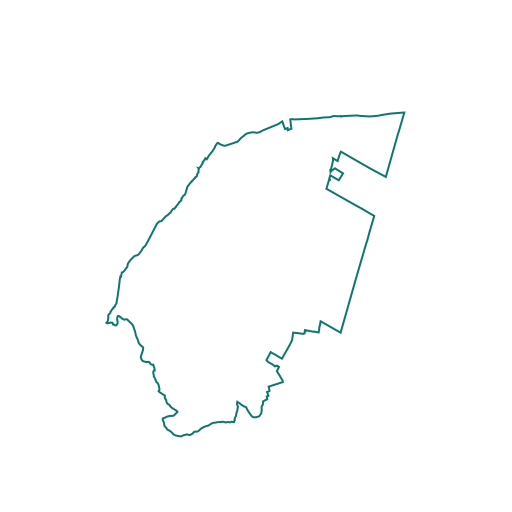 the district of Mihai Viteazu, Cluj, Romania, rotated 298°
{"feature_id": "2599482B370661987664", "entity_name": "Mihai Viteazu", "entity_type": "district", "adm_level": 2, "iso_a3": "ROU", "parent_name": "Romania", "parent_adm1": "Cluj", "projection": "albers", "projection_center": [23.722, 46.539], "detail": "fine", "context": "isolated", "style": "outline", "palette": "teal", "viewbox_px": 512, "rotation_deg": 298, "n_neighbors": 0, "source": "geoboundaries", "source_scale": "gbopen_adm2", "svg_char_len": 6064}
<svg xmlns="http://www.w3.org/2000/svg" viewBox="0 0 512 512"><g transform="rotate(298 256 256)"><path d="M452.3,319.6L451.4,318.1L444.8,307.8L440.7,302.3L436.9,297.6L434.3,293.6L433.1,291.7L431.7,289.0L428.7,282.4L427.5,279.2L420.5,267.3L420.2,267.2L419.1,265.5L419.4,265.3L417.9,262.9L416.1,258.9L413.2,256.0L410.0,250.6L406.5,245.7L401.7,237.9L394.5,225.6L394.0,224.1L392.7,222.1L385.0,227.5L382.1,225.0L383.8,223.8L381.7,222.1L383.8,219.6L385.3,218.1L387.2,216.0L383.5,214.0L383.3,214.0L370.0,203.0L367.7,201.5L365.6,199.6L365.1,198.8L364.1,195.8L363.7,195.0L362.7,193.6L360.3,190.9L359.3,190.0L353.0,187.3L348.4,186.2L338.8,177.0L338.1,174.9L338.0,173.7L337.8,171.6L338.0,170.5L338.0,170.1L338.0,169.1L337.8,168.9L334.4,168.4L333.9,168.4L332.8,168.7L330.6,168.6L327.9,168.3L322.8,167.3L318.3,167.1L318.5,165.4L316.8,165.5L315.8,165.2L314.9,165.2L314.0,164.8L313.7,164.9L313.0,165.4L312.7,165.4L311.7,165.2L309.9,165.2L309.3,165.1L308.4,165.1L307.4,164.5L306.2,164.7L306.2,164.3L306.0,164.6L303.9,165.3L303.2,165.9L301.4,165.7L300.4,165.7L300.0,165.8L299.3,166.3L298.9,166.3L297.9,166.0L297.2,165.5L296.5,165.7L294.9,165.0L293.0,164.7L292.0,164.2L291.4,164.3L290.6,163.9L289.6,163.8L288.8,163.4L287.5,163.4L285.8,163.0L284.0,163.0L283.3,163.2L282.8,163.5L282.0,163.4L281.4,163.7L277.8,164.4L276.5,164.3L274.6,163.4L272.8,163.5L272.2,163.1L271.4,163.3L270.5,163.9L270.0,163.7L269.2,163.7L268.8,163.5L268.5,163.5L267.9,163.0L267.6,162.9L265.8,162.9L263.0,162.3L262.5,162.3L261.9,162.1L261.4,162.2L261.1,162.0L260.4,162.0L260.1,161.8L259.4,161.7L258.8,160.8L258.3,160.5L254.8,160.1L254.3,160.2L253.0,159.5L252.3,159.4L251.5,159.0L251.1,159.0L250.4,158.7L248.7,157.7L242.4,156.1L241.1,154.4L237.9,153.4L220.0,153.6L213.7,153.5L212.3,153.3L210.7,152.5L208.3,152.3L207.0,152.4L203.9,151.9L202.4,151.6L201.6,151.3L201.0,150.9L199.4,149.1L198.6,148.6L194.1,147.2L191.5,146.7L189.3,146.5L188.1,146.7L186.2,147.4L185.7,147.5L185.0,147.2L181.7,146.8L179.7,146.3L178.9,145.8L178.4,145.3L174.3,146.5L174.1,145.9L171.5,146.7L163.3,149.9L153.5,153.4L150.4,154.3L149.6,154.8L148.3,155.0L146.4,154.8L145.3,155.1L145.0,155.1L144.4,154.6L143.8,154.3L143.4,154.3L143.0,154.6L141.3,154.0L140.8,153.9L139.9,154.0L138.7,153.7L138.2,153.8L137.5,154.1L137.1,154.0L136.5,153.9L135.5,153.4L134.3,153.4L133.7,153.6L132.5,154.5L131.9,154.7L129.0,155.6L128.0,155.7L126.8,155.3L126.7,156.4L127.4,157.0L128.2,158.2L129.0,159.0L129.6,160.4L129.6,160.7L129.4,161.0L128.4,161.8L128.4,162.0L128.8,163.0L128.6,163.8L128.6,164.3L129.0,165.0L129.7,165.3L131.6,165.4L132.5,165.0L134.4,163.5L135.5,162.8L137.4,162.2L138.1,162.2L138.6,163.2L138.6,163.9L138.4,164.2L138.4,165.6L138.0,166.6L137.8,168.3L138.0,169.7L138.7,170.5L139.3,171.2L139.5,171.8L139.5,172.3L139.0,173.4L138.0,177.3L137.6,178.6L136.9,179.9L136.2,180.8L133.0,184.2L131.5,185.6L129.8,186.9L128.7,188.1L128.2,188.9L127.1,190.2L126.6,190.9L124.6,192.8L123.8,193.9L123.4,194.9L122.7,197.2L122.6,198.1L122.5,198.9L122.0,199.5L119.7,200.4L116.4,201.0L115.0,201.1L112.5,201.8L112.0,202.2L111.1,203.4L110.4,204.4L110.2,205.5L110.2,206.1L110.3,206.8L111.0,209.1L111.3,209.7L112.2,211.0L112.3,211.4L112.2,211.7L111.3,213.0L111.3,213.5L111.1,214.4L111.2,215.2L111.8,216.1L111.7,216.5L110.7,217.3L109.4,218.9L107.8,220.1L107.2,220.3L106.8,219.6L105.1,219.8L104.6,220.2L104.2,220.5L102.7,221.7L101.8,222.2L101.4,222.9L99.5,225.5L97.9,227.4L97.8,228.5L97.5,229.2L96.4,230.5L94.8,231.9L92.8,233.5L91.6,233.6L91.0,233.4L90.6,234.4L90.4,235.8L90.3,237.3L90.1,238.9L90.0,241.0L87.6,242.3L87.3,242.9L87.2,243.5L87.0,243.8L86.3,244.6L85.2,245.4L84.1,246.8L83.8,249.6L83.0,251.0L82.6,252.1L82.4,253.6L82.3,254.6L82.1,257.9L82.0,258.8L81.7,260.1L81.8,260.4L81.2,259.8L80.7,259.5L79.4,259.3L78.4,258.8L77.7,258.8L76.5,258.3L76.0,257.8L75.3,256.7L74.3,255.0L72.6,253.1L71.6,252.2L70.9,251.9L69.8,250.8L68.8,250.0L68.6,250.0L68.1,250.2L66.8,251.5L65.9,252.7L64.0,254.2L63.1,254.7L63.0,254.9L62.0,257.8L61.3,258.6L61.1,260.4L61.2,261.1L60.9,263.5L60.6,264.7L60.2,265.9L59.8,266.6L59.7,267.3L59.8,268.9L60.0,269.9L61.2,273.8L61.6,274.5L61.9,274.8L63.6,276.1L65.1,277.8L65.7,278.2L66.0,278.7L66.6,281.0L67.0,281.8L67.4,282.1L68.3,282.6L69.5,283.5L70.5,283.5L71.7,284.0L72.3,284.6L73.3,286.4L73.8,287.0L74.9,287.5L77.8,288.5L81.0,290.6L83.0,292.5L83.8,293.5L86.9,295.2L88.3,296.2L89.8,298.3L91.3,300.2L92.0,301.4L92.6,302.1L92.7,302.8L93.6,303.8L94.2,304.8L94.4,306.0L95.1,307.9L96.1,308.9L96.3,309.3L96.8,311.0L97.6,311.6L98.2,312.2L99.0,314.5L99.6,314.2L100.9,314.5L101.5,313.9L102.0,313.6L102.9,313.5L105.7,313.3L108.2,312.4L109.8,312.3L114.5,310.8L116.1,308.9L116.9,308.5L118.5,308.0L118.4,308.8L118.2,309.4L118.3,310.6L117.8,312.6L117.7,314.0L117.7,315.4L117.6,316.8L117.9,318.3L116.5,320.0L115.0,322.5L114.0,324.6L112.8,326.8L112.3,329.1L113.4,331.5L116.0,334.1L119.7,334.5L122.6,333.4L125.5,331.7L126.2,331.6L127.0,331.8L128.3,331.7L129.5,331.3L130.9,330.5L134.1,332.6L134.7,333.2L137.0,331.4L138.0,332.5L138.4,332.6L141.1,329.6L142.9,331.2L143.2,331.3L144.4,330.4L146.6,328.5L157.3,338.9L158.3,338.2L159.0,337.2L159.7,335.9L161.9,332.4L164.1,328.5L168.9,328.4L168.9,326.9L168.7,326.3L169.0,326.2L168.6,325.4L168.3,325.0L167.4,324.5L168.0,322.0L168.1,316.8L168.3,315.8L168.9,314.1L178.0,314.1L177.9,315.6L177.9,319.7L177.7,321.8L177.5,327.1L191.7,327.5L196.8,327.5L199.1,327.2L205.8,324.8L208.3,331.1L209.3,334.1L210.2,334.8L210.4,335.2L211.5,334.8L211.9,334.7L212.8,335.1L212.9,334.9L212.9,334.2L213.6,334.0L213.9,334.8L214.3,336.4L215.6,340.6L215.8,341.7L216.3,342.2L216.5,342.7L216.5,343.2L216.9,343.8L217.9,347.2L220.7,346.3L223.3,345.2L224.3,345.1L228.7,343.7L228.0,366.7L281.9,355.1L317.5,347.7L322.6,346.8L330.2,345.0L346.9,341.6L347.0,337.8L347.5,326.0L347.5,321.8L348.4,286.6L357.7,284.7L357.9,285.6L358.0,285.6L359.0,284.3L362.1,283.7L361.7,293.5L369.8,294.1L370.4,285.4L370.5,284.6L366.3,282.5L365.1,282.4L367.1,281.1L367.8,281.5L376.6,279.2L378.4,278.0L378.2,283.5L383.1,282.5L386.9,282.0L388.0,282.0L387.4,298.9L386.9,315.5L386.8,324.1L386.8,333.5L430.5,324.0L432.1,323.8L452.3,319.6Z" fill="none" stroke="#0f766e" stroke-width="2"/></g></svg>